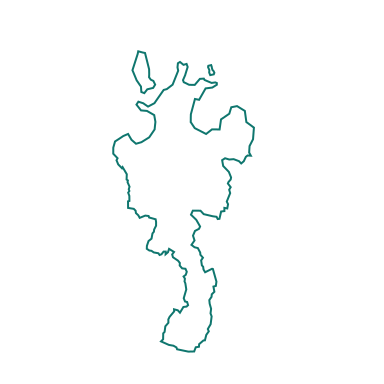 outline of Ceiba, Puerto Rico, rotated 250°
{"feature_id": "32010507B71550850987381", "entity_name": "Ceiba", "entity_type": "district", "adm_level": 2, "iso_a3": "PRI", "parent_name": "Puerto Rico", "parent_adm1": "", "projection": "orthographic", "projection_center": [-65.662, 18.248], "detail": "fine", "context": "isolated", "style": "outline", "palette": "teal", "viewbox_px": 384, "rotation_deg": 250, "n_neighbors": 0, "source": "geoboundaries", "source_scale": "gbopen_adm2", "svg_char_len": 3567}
<svg xmlns="http://www.w3.org/2000/svg" viewBox="0 0 384 384"><g transform="rotate(250 192 192)"><path d="M62.2,111.8L56.2,118.0L53.9,122.0L51.3,124.2L49.3,124.2L43.3,133.9L41.4,139.5L44.8,142.4L44.2,145.6L46.6,146.7L48.6,152.0L48.2,153.4L52.9,156.6L55.3,160.1L57.8,160.0L61.4,164.3L68.4,167.9L71.6,167.9L75.7,170.0L81.0,170.4L84.5,171.3L86.8,174.5L89.1,175.6L90.6,178.9L95.8,179.8L95.6,182.3L99.4,184.3L112.5,185.3L113.0,184.6L112.1,176.9L115.2,176.3L117.9,176.9L119.7,176.2L124.6,177.2L126.5,179.8L130.2,178.4L132.3,179.0L137.3,178.3L139.2,175.5L142.5,173.4L145.6,177.8L150.6,178.0L152.9,180.1L154.4,181.5L155.0,186.0L156.8,187.8L164.4,186.5L171.0,183.3L174.2,186.4L171.5,193.6L167.2,195.4L162.1,203.2L160.3,206.6L157.8,206.9L157.4,208.6L163.7,212.7L163.0,215.9L166.0,217.0L164.5,219.5L168.2,221.7L171.1,221.4L177.9,227.5L181.4,227.7L183.3,230.0L187.7,228.6L188.9,229.7L190.5,232.6L192.3,233.7L198.3,233.5L205.8,230.2L211.6,231.2L212.4,234.6L209.8,238.1L208.6,242.4L204.9,246.7L202.0,248.0L203.2,251.2L206.6,254.6L207.3,256.7L206.0,259.7L209.5,259.2L215.5,261.8L220.7,267.4L231.3,272.2L237.8,267.9L239.1,267.0L247.4,268.8L250.1,269.4L257.3,263.7L258.2,257.9L256.0,256.2L253.3,254.2L252.8,253.8L250.3,244.1L241.3,239.3L241.4,239.0L242.4,236.5L244.0,232.2L243.6,231.0L241.7,225.1L251.1,216.4L258.2,214.7L258.3,214.8L262.1,216.2L265.4,217.5L278.4,226.6L276.2,230.2L284.7,240.2L283.2,246.8L284.3,252.0L285.9,252.6L287.0,251.4L287.8,247.7L293.0,242.1L294.5,241.9L295.6,238.1L291.7,231.2L293.7,226.0L295.0,224.7L295.7,224.1L298.0,221.8L300.2,221.8L304.3,225.7L304.8,226.0L310.6,230.4L311.0,230.7L314.2,230.7L314.4,227.5L318.3,225.2L317.8,222.8L314.1,221.0L310.7,220.5L299.5,210.5L297.3,203.5L297.6,200.3L292.7,193.3L289.4,188.6L288.3,187.1L287.3,179.9L290.8,177.4L292.0,176.6L295.2,172.5L293.1,169.7L286.1,172.0L285.7,172.9L283.6,177.4L279.2,181.1L277.2,182.8L270.4,181.6L264.5,178.7L263.6,178.3L258.0,170.5L257.6,168.6L256.1,161.5L256.5,155.9L261.7,153.0L265.5,152.3L268.4,151.8L268.3,149.9L268.1,146.6L266.9,141.7L265.8,136.9L265.3,136.6L262.4,134.5L260.6,133.2L254.9,131.1L249.2,133.6L247.6,131.9L246.1,132.0L243.2,132.1L238.3,134.3L239.1,135.3L231.0,136.8L226.1,134.8L224.8,135.7L223.3,134.8L218.3,135.1L216.2,133.5L214.4,133.5L213.2,131.8L209.8,131.8L205.0,130.1L205.1,128.7L198.9,126.5L196.1,131.5L193.7,132.6L191.4,132.1L188.4,133.6L185.6,134.0L185.8,140.0L184.3,143.0L182.7,143.0L178.8,148.5L176.1,148.0L172.6,146.7L169.7,143.6L167.7,142.6L166.6,140.7L162.0,138.0L160.8,134.4L156.8,131.2L154.1,130.1L151.6,131.9L150.6,133.8L148.3,135.4L145.9,139.5L143.9,140.0L143.9,142.0L145.7,144.9L145.0,146.9L142.5,145.9L143.6,148.8L146.4,151.0L141.8,154.6L140.1,152.0L137.2,151.8L132.2,155.4L129.5,156.3L127.1,155.3L123.6,156.6L122.1,159.6L118.8,159.8L116.3,157.8L115.5,155.2L113.0,155.7L110.5,154.4L108.4,154.5L102.4,153.3L95.0,147.9L91.5,148.0L90.3,149.8L87.0,149.6L86.2,147.7L86.9,144.6L82.7,139.4L85.7,138.2L87.9,135.0L85.9,134.4L82.4,128.3L80.4,126.2L77.2,125.1L74.9,121.0L69.9,118.4L69.0,116.6L63.5,114.5L62.2,111.8ZM303.3,178.6L301.2,181.0L303.8,185.1L303.1,191.1L305.5,194.1L309.6,193.7L311.4,191.9L311.7,191.7L314.5,190.9L316.9,191.9L317.4,192.1L322.1,193.7L322.3,193.7L330.9,194.6L338.7,195.4L340.0,193.3L342.6,189.6L340.2,188.1L326.8,177.7L326.5,177.7L324.8,177.8L315.6,178.2L315.1,178.4L310.7,179.5L309.0,180.0L308.5,180.1L303.3,178.6ZM295.6,249.1L295.1,252.7L296.4,253.8L298.4,253.6L299.6,253.0L301.6,253.1L303.2,253.4L304.7,253.4L305.0,250.5L303.9,249.8L300.6,250.0L298.6,249.1L298.3,249.0L295.6,249.1Z" fill="none" stroke="#0f766e" stroke-width="2"/></g></svg>